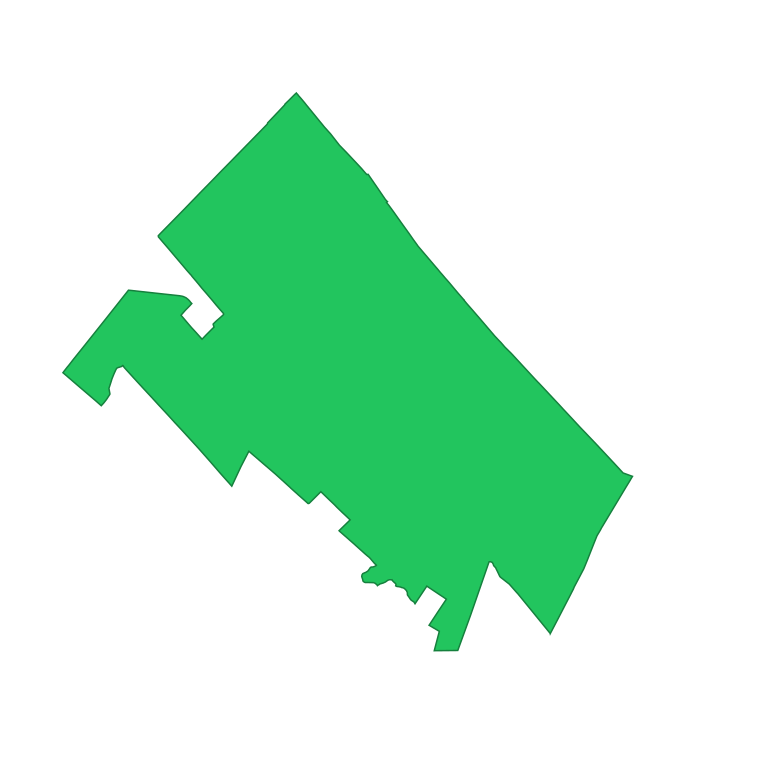 outline of Ulmu, Braila, Romania, rotated 123°
{"feature_id": "2599482B28846131553928", "entity_name": "Ulmu", "entity_type": "district", "adm_level": 2, "iso_a3": "ROU", "parent_name": "Romania", "parent_adm1": "Braila", "projection": "robinson", "projection_center": [27.32, 44.93], "detail": "fine", "context": "isolated", "style": "filled", "palette": "green", "viewbox_px": 768, "rotation_deg": 123, "n_neighbors": 0, "source": "geoboundaries", "source_scale": "gbopen_adm2", "svg_char_len": 5007}
<svg xmlns="http://www.w3.org/2000/svg" viewBox="0 0 768 768"><g transform="rotate(123 384 384)"><path d="M382.5,654.1L383.2,653.6L383.5,653.3L385.3,647.3L385.9,645.2L387.3,640.4L389.1,634.4L389.9,631.8L396.2,610.8L397.6,605.8L397.6,605.5L397.9,604.6L398.3,603.6L400.9,595.0L402.9,588.8L405.0,581.5L407.5,573.1L409.2,567.8L410.9,561.9L412.2,557.3L412.5,556.8L412.8,556.5L413.2,556.5L413.5,556.5L414.1,556.6L422.6,559.0L426.4,559.9L426.8,559.9L427.2,559.6L428.9,557.5L430.7,558.0L439.2,559.8L445.5,561.0L442.8,571.1L441.5,576.2L440.1,581.0L438.7,585.6L436.9,591.7L432.9,591.1L430.1,590.7L426.8,590.0L423.6,589.4L421.2,589.0L420.8,590.7L420.3,592.0L419.8,594.1L419.6,596.1L419.5,597.0L419.7,598.4L419.9,599.8L420.4,601.4L421.0,602.7L421.2,603.3L429.1,618.9L443.5,647.5L444.5,649.4L481.8,652.9L517.6,656.4L520.5,656.7L523.4,657.0L532.3,657.9L540.5,658.6L541.8,658.8L547.5,659.3L549.4,659.4L549.8,656.4L551.9,641.1L552.7,635.0L555.1,616.7L556.2,609.3L555.6,609.2L552.7,608.7L548.2,608.3L542.1,608.3L541.7,608.4L541.3,608.7L537.5,612.3L531.9,613.8L527.6,615.0L522.4,616.0L517.7,616.7L516.9,616.7L515.7,616.5L512.0,613.4L511.4,613.4L511.1,613.4L510.8,613.3L510.7,613.1L510.7,612.9L510.8,612.6L511.1,612.0L511.6,611.0L515.2,597.4L519.1,582.2L521.6,572.2L524.0,563.0L527.7,548.3L530.4,538.1L532.5,529.6L534.7,521.1L539.0,504.5L543.6,488.0L548.0,472.8L549.1,468.8L552.6,456.0L531.1,459.0L514.0,460.7L514.8,454.9L516.6,441.7L518.7,426.0L521.9,406.3L522.1,405.5L522.7,401.7L523.2,398.5L523.2,398.3L523.8,394.8L523.8,394.6L525.2,385.2L525.3,384.5L525.6,382.7L525.5,382.4L525.1,382.0L524.6,381.7L517.6,380.2L508.7,378.3L511.0,366.5L511.6,363.2L512.3,359.6L513.1,356.1L513.8,352.5L514.5,348.9L515.1,345.4L515.7,342.1L516.4,338.4L531.5,341.8L531.7,341.2L534.6,321.1L534.7,320.6L536.8,307.4L537.3,303.6L537.3,302.8L537.6,301.5L537.6,301.2L539.4,295.1L539.5,294.8L539.6,294.4L539.7,294.2L539.8,293.4L540.1,291.7L540.9,291.8L543.0,293.2L543.6,293.8L544.0,294.3L544.3,294.8L544.7,295.2L545.6,295.5L546.4,295.5L547.2,295.5L547.7,295.5L548.5,295.6L549.2,295.6L549.9,295.8L550.8,296.2L551.7,296.6L552.3,297.0L553.1,297.6L553.8,298.0L554.2,298.3L554.6,298.5L555.0,298.5L555.6,298.5L556.0,298.5L556.7,298.2L557.5,297.9L558.3,297.0L559.0,296.1L559.2,295.8L559.4,295.6L560.3,294.7L560.8,294.1L560.9,293.5L560.9,292.4L560.7,291.6L560.2,290.8L559.5,289.8L557.5,286.5L556.8,285.4L556.4,284.8L556.2,284.1L556.0,283.4L556.0,282.8L556.1,281.9L556.2,280.9L556.4,280.2L556.7,279.7L555.9,279.4L555.2,279.0L554.5,278.7L553.9,278.5L553.5,278.2L553.4,278.0L553.3,277.9L553.0,277.7L552.3,277.1L551.8,276.7L551.4,276.3L550.8,276.0L550.3,275.6L549.7,275.2L549.1,274.9L548.4,274.6L547.8,274.4L547.1,274.1L546.4,273.8L546.0,273.5L545.5,273.1L545.2,272.8L544.9,272.4L544.7,272.1L544.5,271.7L544.3,271.2L543.8,270.7L544.2,270.1L544.4,269.5L544.5,269.0L544.7,268.1L545.1,265.6L545.5,264.9L545.9,264.6L546.4,264.4L546.9,264.3L546.9,263.9L546.9,263.5L546.8,263.0L546.6,262.5L546.4,262.1L546.0,261.4L545.8,260.8L545.6,260.3L545.4,259.9L545.2,259.4L545.2,258.9L545.1,258.3L544.9,257.9L544.7,257.4L544.5,256.7L544.4,256.3L544.4,255.9L544.5,255.4L544.5,254.9L544.6,254.4L544.7,254.0L545.0,252.8L545.8,251.4L546.3,250.8L548.1,249.5L550.2,244.5L550.5,243.4L550.5,241.7L550.5,240.2L551.4,238.3L530.2,238.0L530.5,214.5L545.4,214.7L561.8,214.8L561.3,202.9L580.3,196.6L567.3,177.0L531.0,185.4L476.1,199.0L475.9,199.0L475.3,198.3L474.9,197.2L474.7,196.3L475.0,195.4L475.5,194.4L476.3,193.5L476.8,192.5L477.3,190.2L477.9,189.4L479.0,187.5L480.7,184.7L482.2,182.3L482.6,181.2L483.6,169.9L486.8,158.5L486.8,158.2L491.7,142.9L502.5,109.3L502.7,108.7L502.8,108.6L486.8,110.1L470.7,111.7L458.5,112.9L457.7,113.0L452.7,113.5L451.8,113.7L450.8,113.9L449.9,114.0L437.6,115.1L430.2,115.8L421.2,117.5L403.0,121.2L395.3,122.7L388.1,123.0L386.6,123.2L337.9,124.9L330.7,125.1L329.3,125.2L326.1,125.3L326.4,126.5L328.1,133.8L328.4,135.1L325.7,145.6L318.9,173.0L317.9,177.2L313.3,196.7L309.1,213.4L307.3,220.7L306.0,225.7L302.2,241.1L298.8,254.9L298.7,255.6L297.3,261.3L293.2,277.4L289.0,293.9L287.2,302.7L285.6,308.2L284.5,313.0L283.4,317.4L277.3,338.0L273.9,349.7L271.9,356.8L271.3,358.9L270.1,362.6L269.9,362.6L269.8,363.2L267.5,371.3L265.7,377.2L263.6,384.0L262.4,388.2L261.9,390.1L260.4,395.1L259.8,397.3L258.7,400.8L256.6,407.9L252.9,420.3L251.5,425.0L249.8,430.7L249.2,432.1L246.9,438.1L244.7,443.5L239.2,457.6L234.2,470.2L231.8,476.5L230.4,480.8L229.2,480.4L229.0,481.4L228.9,481.8L228.7,482.5L228.5,483.3L222.9,496.7L216.8,511.5L217.7,512.6L216.6,516.5L215.7,519.5L213.1,529.9L210.4,540.9L208.0,551.5L203.4,564.8L201.0,573.7L200.7,574.7L199.7,577.7L198.6,581.3L197.5,584.7L192.1,601.6L191.4,603.6L189.6,609.5L188.7,612.8L188.3,613.8L188.0,614.9L187.9,615.5L187.8,615.8L187.7,616.0L189.5,616.5L194.6,617.6L198.9,618.5L199.6,618.7L203.3,619.5L204.1,619.3L228.4,623.8L229.2,623.5L230.0,623.5L276.6,632.9L277.7,633.1L294.9,636.6L309.1,639.4L323.4,642.3L347.0,646.9L370.6,651.7L379.8,653.6L381.1,653.8L382.5,654.1Z" fill="#22c55e" stroke="#15803d" stroke-width="1.5"/></g></svg>